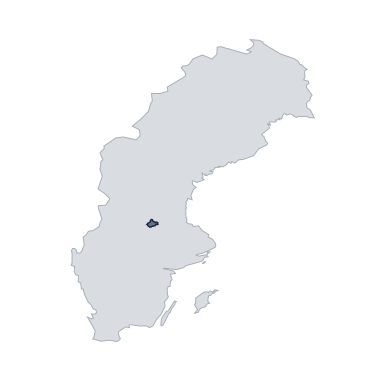 Borlänge, Dalarna, Sweden shown in context, rotated 6°
{"feature_id": "70781695B12440080986596", "entity_name": "Borlänge", "entity_type": "district", "adm_level": 2, "iso_a3": "SWE", "parent_name": "Sweden", "parent_adm1": "Dalarna", "projection": "robinson", "projection_center": [15.395, 60.481], "detail": "fine", "context": "in_parent", "style": "filled", "palette": "slate", "viewbox_px": 384, "rotation_deg": 6, "n_neighbors": 0, "source": "geoboundaries", "source_scale": "gbopen_adm2", "svg_char_len": 4426}
<svg xmlns="http://www.w3.org/2000/svg" viewBox="0 0 384 384"><g transform="rotate(6 192 192)"><path d="M82.7,261.6L84.1,264.7L87.2,264.3L88.6,262.1L90.3,255.6L88.4,248.3L91.2,245.8L93.1,241.9L97.4,240.7L103.3,236.1L103.9,231.5L105.3,228.2L100.6,218.0L100.3,215.4L107.7,214.1L111.0,207.4L106.0,203.0L98.2,198.9L101.1,185.8L98.0,178.7L98.5,175.7L98.1,171.2L100.0,169.3L96.4,162.6L100.2,157.9L99.6,155.5L110.6,146.2L117.8,144.5L131.0,145.9L134.1,142.2L134.3,140.2L133.1,135.5L125.7,132.8L133.9,124.4L140.2,116.5L141.5,108.9L143.0,105.6L141.4,98.2L149.9,97.4L157.5,94.3L156.4,90.3L173.0,77.8L173.5,75.6L172.2,73.4L168.3,69.6L169.4,67.9L173.8,66.8L175.9,65.1L179.2,59.3L188.1,54.7L198.1,57.7L202.3,52.5L201.9,45.3L205.5,44.5L232.0,49.1L236.4,46.4L231.8,45.0L236.2,42.1L237.5,40.3L237.9,38.2L237.6,37.1L233.9,34.4L242.2,34.1L246.8,35.3L247.2,36.9L265.5,45.5L280.0,48.8L284.2,51.3L285.8,53.9L288.0,54.1L290.8,56.6L293.6,57.9L291.5,59.7L291.7,63.6L292.5,65.4L291.3,68.8L296.1,69.7L296.9,71.8L294.5,73.8L295.0,76.1L301.3,83.2L299.9,85.5L299.6,88.3L297.0,90.5L296.7,92.7L297.3,95.5L298.3,96.8L301.0,97.8L305.8,105.4L301.3,105.9L297.8,104.8L289.8,105.8L287.9,106.9L281.6,103.9L278.1,105.6L275.7,104.1L273.9,106.6L273.5,109.9L270.6,109.6L271.8,110.9L267.9,111.4L267.6,111.9L268.5,112.7L267.3,113.8L261.9,114.1L261.3,115.2L262.9,116.5L262.9,117.4L259.4,116.1L261.8,118.6L262.4,120.3L255.2,127.5L257.8,129.5L259.9,133.6L262.2,135.5L261.4,137.4L253.8,142.1L249.6,149.3L240.1,154.0L235.0,155.2L231.8,158.6L227.9,157.6L227.8,159.5L225.3,158.3L223.4,161.3L219.9,163.8L216.0,163.4L215.6,163.8L216.8,164.5L212.4,165.2L211.1,167.8L207.9,168.6L207.3,169.4L210.7,169.6L210.0,171.7L206.3,172.8L204.9,174.2L203.2,174.1L203.6,173.1L201.0,173.1L200.2,171.9L199.8,172.2L201.5,175.8L200.3,177.2L202.7,178.5L195.8,182.0L191.6,180.7L191.1,181.7L192.0,184.7L195.7,187.0L193.5,188.6L191.2,195.5L192.9,199.7L188.1,198.8L188.4,200.3L187.0,202.2L187.6,204.9L187.1,206.7L188.3,208.3L187.6,209.1L188.4,216.6L189.9,219.8L189.4,222.4L191.4,223.8L195.6,224.1L196.8,226.2L202.1,225.0L206.0,229.2L213.2,232.7L212.8,235.1L217.4,236.8L220.2,240.0L221.3,242.7L221.0,244.4L213.9,249.0L208.5,252.0L202.8,253.9L203.1,254.6L205.9,255.0L212.7,252.8L214.8,254.7L211.1,255.6L210.4,258.2L208.8,259.9L193.7,265.9L191.8,267.8L185.0,270.8L172.9,270.6L171.0,271.2L181.6,272.4L184.1,274.7L179.1,276.1L181.3,281.3L180.0,282.6L180.0,288.4L178.2,288.5L177.4,290.9L178.4,296.8L179.3,298.4L178.9,300.1L176.1,304.0L177.1,308.7L173.8,317.3L170.1,322.3L167.3,329.0L164.1,331.3L160.3,329.9L154.7,330.7L144.5,330.4L143.2,331.1L143.9,333.5L140.2,333.1L133.8,338.3L133.5,340.8L136.1,345.6L132.9,348.7L126.0,348.0L116.8,349.9L108.6,348.4L109.6,346.7L110.4,340.3L101.1,327.3L105.5,328.7L107.3,328.0L104.7,323.8L108.5,323.5L109.6,322.0L109.0,319.5L105.9,318.4L103.3,314.6L100.5,312.6L95.7,304.9L93.9,299.7L92.2,300.2L90.8,294.1L88.2,293.2L87.8,287.1L84.9,286.4L83.2,283.6L83.0,278.3L79.6,277.6L80.1,275.1L79.2,265.7L78.2,262.8L79.2,260.6L81.0,260.4L82.7,261.6ZM224.0,290.4L222.5,290.9L221.7,292.6L219.3,293.5L219.0,298.8L221.2,300.8L218.9,301.7L217.4,304.6L213.3,306.5L211.7,308.3L210.8,310.9L207.3,312.3L209.8,308.4L206.3,303.9L207.2,302.3L206.8,297.1L214.1,290.5L217.5,289.7L219.0,290.4L219.7,288.8L220.7,288.5L224.0,290.4ZM177.2,327.3L175.4,328.5L174.8,326.9L175.0,320.7L179.0,313.3L180.8,312.7L185.7,302.8L186.2,302.1L188.0,302.7L186.7,303.7L186.8,305.4L183.7,310.7L182.9,314.2L181.8,315.0L177.2,327.3ZM225.5,288.3L225.2,289.8L223.3,288.6L225.0,286.9L228.7,287.3L225.5,288.3ZM216.1,249.7L213.8,252.1L213.4,251.1L213.8,249.9L216.1,249.7ZM211.2,261.8L210.0,262.0L210.9,260.4L212.5,260.0L211.2,261.8Z" fill="#d9dde1" stroke="#a8b0b8" stroke-width="1"/><path d="M154.2,223.7L154.2,224.1L154.0,224.6L153.6,225.0L153.7,225.5L153.8,225.8L153.7,226.0L153.2,226.4L152.4,227.1L152.0,227.4L151.7,227.5L151.3,227.8L151.0,228.3L150.9,228.7L150.7,228.9L151.2,229.0L151.4,229.4L151.5,229.8L151.9,230.4L152.7,230.6L153.2,231.0L153.5,231.3L154.9,231.1L155.4,230.7L156.1,230.2L156.7,230.1L157.2,229.9L157.8,229.6L158.5,229.4L159.1,229.2L159.2,228.9L159.3,228.5L159.5,227.9L160.1,227.9L161.0,227.9L161.5,227.8L161.5,227.6L161.4,227.3L161.0,226.8L161.0,226.5L161.1,226.0L160.9,225.9L160.3,225.8L159.6,225.7L159.0,225.9L158.6,226.1L157.8,225.8L157.3,225.4L156.6,225.2L155.9,224.8L155.8,224.4L155.7,224.1L155.6,223.8L155.1,223.6L154.2,223.7L154.2,223.7Z" fill="#64748b" stroke="#1e293b" stroke-width="1.5"/></g></svg>